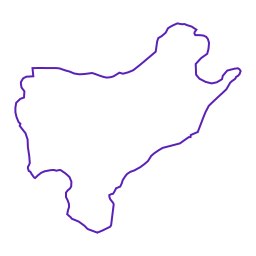 Safita, Tartus, Syria (orthographic projection)
{"feature_id": "27442178B1888341304206", "entity_name": "Safita", "entity_type": "district", "adm_level": 2, "iso_a3": "SYR", "parent_name": "Syria", "parent_adm1": "Tartus", "projection": "orthographic", "projection_center": [36.162, 34.812], "detail": "fine", "context": "isolated", "style": "outline", "palette": "violet", "viewbox_px": 256, "rotation_deg": 0, "n_neighbors": 0, "source": "geoboundaries", "source_scale": "gbopen_adm2", "svg_char_len": 2435}
<svg xmlns="http://www.w3.org/2000/svg" viewBox="0 0 256 256"><path d="M207.9,39.1L206.2,36.8L205.6,36.6L203.6,35.6L201.5,35.3L198.1,35.1L195.3,35.1L194.4,33.5L194.7,32.0L196.4,29.7L191.7,26.6L186.7,25.0L184.8,24.1L181.7,24.2L177.3,23.4L173.1,25.3L169.7,27.1L168.1,28.3L167.9,28.4L165.7,32.7L161.7,36.1L158.3,38.1L157.2,41.3L155.7,51.7L147.5,58.6L140.6,64.4L133.3,70.2L128.2,72.3L125.3,73.1L122.9,73.7L119.4,72.7L113.6,76.3L110.5,77.2L106.8,77.6L103.8,77.0L99.2,75.5L94.9,73.9L92.0,73.0L89.2,73.4L84.5,74.0L79.3,74.3L74.2,73.5L69.4,71.5L67.4,71.0L67.0,70.9L65.0,70.3L59.5,68.4L56.6,68.1L38.6,68.0L32.5,68.1L33.3,76.3L26.3,76.7L23.1,78.4L20.9,82.1L20.9,83.6L21.5,87.5L24.4,91.3L24.0,97.5L20.2,98.9L16.2,102.8L15.4,107.6L15.4,112.2L16.5,117.0L18.6,122.1L20.4,123.8L19.7,125.8L23.5,130.7L25.5,133.2L27.6,139.5L27.7,141.6L27.9,147.2L29.2,155.7L29.6,160.7L29.8,162.9L28.9,165.3L28.0,166.6L27.9,168.2L28.8,171.0L30.3,171.7L31.6,174.0L34.1,177.5L35.2,178.0L38.1,175.2L41.2,172.8L44.6,171.3L47.8,170.7L50.9,170.1L54.0,170.0L56.4,170.7L58.2,170.3L59.6,170.0L60.6,170.1L64.9,173.0L66.0,173.9L67.3,175.0L69.5,177.1L71.4,181.7L71.2,186.3L70.1,188.4L67.7,190.4L66.0,192.6L66.0,197.1L67.7,200.4L68.9,203.9L69.1,206.8L68.0,210.3L67.2,214.2L68.4,215.3L70.8,217.4L71.3,218.1L71.9,218.8L75.2,220.1L78.9,221.7L84.5,225.8L87.1,228.5L88.1,229.2L97.3,232.6L97.4,232.4L99.4,231.8L102.4,230.5L102.5,230.5L110.2,226.7L111.1,225.2L113.7,204.4L113.2,203.0L112.5,202.1L111.8,201.2L110.2,199.2L109.4,196.9L109.3,195.1L111.3,194.1L112.5,193.9L112.9,193.8L113.1,193.7L113.9,192.5L114.9,190.7L115.5,189.5L116.0,188.3L117.5,187.7L118.6,187.2L119.7,186.8L120.2,186.6L121.8,183.2L122.2,181.9L122.8,180.0L123.8,178.5L125.2,176.3L126.5,174.7L127.2,173.9L130.4,171.8L134.4,170.4L137.8,168.5L140.2,167.2L144.4,164.1L145.9,162.8L146.2,162.6L148.0,161.0L150.6,156.9L151.2,155.9L154.2,153.3L158.6,150.3L162.6,147.9L171.9,145.5L179.9,143.4L188.8,137.1L190.5,137.1L190.8,135.0L196.1,132.7L197.7,132.1L201.0,123.6L203.3,117.5L205.6,111.9L208.8,105.8L211.7,103.0L217.0,98.0L226.3,89.4L228.0,86.5L230.2,82.7L231.8,81.2L235.0,79.0L235.7,77.9L236.2,76.8L238.1,75.8L239.0,74.6L239.5,74.2L240.6,71.1L240.0,70.0L239.1,69.0L237.9,68.3L234.5,68.7L231.3,69.5L227.2,70.6L222.8,75.8L222.0,79.2L216.8,82.3L211.6,83.4L205.6,81.9L199.3,78.6L196.1,74.7L195.7,64.0L201.1,58.1L204.8,55.5L207.2,53.8L208.4,49.3L208.8,45.9L209.0,42.8L207.9,39.1Z" fill="none" stroke="#5b21b6" stroke-width="2"/></svg>